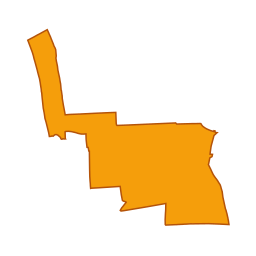 outline of Suhurlui, Galati, Romania, rotated 265°
{"feature_id": "2599482B54270676275296", "entity_name": "Suhurlui", "entity_type": "district", "adm_level": 2, "iso_a3": "ROU", "parent_name": "Romania", "parent_adm1": "Galati", "projection": "mercator", "projection_center": [27.827, 45.741], "detail": "fine", "context": "isolated", "style": "filled", "palette": "amber", "viewbox_px": 256, "rotation_deg": 265, "n_neighbors": 0, "source": "geoboundaries", "source_scale": "gbopen_adm2", "svg_char_len": 3418}
<svg xmlns="http://www.w3.org/2000/svg" viewBox="0 0 256 256"><g transform="rotate(265 128 128)"><path d="M233.0,56.1L232.4,54.8L232.1,54.0L231.7,53.2L231.5,52.7L231.2,52.0L230.1,49.5L229.6,48.4L229.1,47.2L228.6,45.9L228.0,44.6L227.3,43.1L226.6,41.5L225.9,39.8L225.4,38.5L225.1,38.0L224.9,37.4L224.5,36.4L224.2,35.8L218.2,37.5L212.1,39.2L208.3,40.0L205.5,40.4L202.5,41.0L193.1,42.7L192.2,42.8L187.0,43.7L185.0,44.1L180.7,44.5L178.7,44.6L174.4,44.9L172.7,44.9L171.7,44.9L170.6,45.1L169.4,45.1L168.4,45.1L166.2,45.1L155.2,45.3L150.4,45.8L147.1,46.0L144.9,46.1L140.9,46.9L129.9,48.6L126.4,48.9L126.4,50.7L126.6,51.0L126.6,51.3L126.6,51.7L126.6,51.9L126.5,52.2L126.4,52.5L126.4,52.8L126.5,52.9L126.6,53.1L126.9,53.4L127.2,53.8L127.4,54.2L127.6,54.4L127.7,54.6L127.7,54.8L127.7,55.2L127.7,55.7L127.7,56.0L127.6,56.3L127.3,56.8L127.2,57.1L127.1,57.4L126.9,57.6L126.5,57.9L126.2,58.2L125.2,59.3L124.6,59.7L124.2,60.0L123.8,60.0L123.3,60.2L123.0,60.3L122.7,60.6L122.6,60.9L122.6,61.1L122.6,61.4L122.7,61.6L122.8,61.9L122.9,62.1L123.0,62.2L123.0,62.3L123.0,62.5L122.8,62.9L122.6,63.2L122.6,63.5L122.6,64.0L122.6,64.4L122.6,64.8L123.0,64.6L129.7,65.0L129.9,65.4L130.0,66.0L129.9,68.5L129.3,71.4L128.0,75.4L127.3,77.1L126.9,78.0L126.7,78.8L126.4,79.6L126.2,80.4L126.0,81.2L125.9,82.5L125.8,83.3L125.8,83.8L125.8,84.7L125.8,85.6L120.4,85.3L118.7,85.3L114.9,85.4L112.3,85.5L112.1,86.6L110.3,86.8L108.5,86.9L108.3,87.5L105.7,87.3L94.7,86.5L89.3,86.1L83.0,85.7L78.7,85.6L77.2,85.6L75.7,85.6L73.6,85.5L72.9,85.5L71.1,85.5L71.2,86.0L71.2,86.8L71.0,93.6L70.5,115.1L62.2,115.5L56.4,116.1L56.2,116.2L55.4,117.4L55.2,118.1L54.5,119.5L54.2,119.7L53.8,119.4L53.2,118.8L51.3,117.0L50.3,116.1L48.9,114.7L46.6,113.1L45.9,113.8L46.0,116.7L47.9,140.6L49.5,159.1L48.7,159.0L47.7,158.9L45.2,158.6L44.9,158.6L44.0,158.5L41.8,158.2L40.0,157.9L33.3,157.0L28.6,156.7L28.0,157.1L27.7,164.2L27.6,166.6L27.5,167.5L27.5,168.5L27.5,169.5L27.3,174.4L27.3,176.0L27.2,177.4L27.1,181.6L26.8,184.9L26.7,187.1L26.4,190.7L25.7,199.9L25.5,201.5L24.3,211.0L23.0,220.2L23.4,220.2L23.6,220.2L23.8,220.1L25.8,220.0L26.4,220.0L26.6,220.0L26.8,219.9L27.1,219.9L27.6,219.9L27.8,219.8L28.9,219.7L29.7,219.7L30.0,219.6L33.9,219.1L34.0,219.1L35.4,218.8L36.8,218.6L38.1,218.3L39.1,218.0L50.9,216.5L56.3,216.3L56.8,216.2L59.8,215.6L61.5,215.3L62.8,215.0L63.2,214.9L63.9,214.6L64.6,214.2L66.1,213.4L67.4,212.8L69.5,211.6L70.2,211.1L71.7,210.2L72.9,209.5L74.1,208.9L74.5,208.7L77.7,207.5L79.7,206.8L84.5,204.9L85.7,205.3L91.1,206.9L92.2,209.2L94.4,209.9L94.8,207.4L102.2,209.1L103.7,209.6L113.0,213.0L115.6,216.3L115.8,215.2L115.9,214.8L116.3,214.6L117.1,214.3L117.5,214.4L117.8,213.4L117.0,213.2L117.3,212.4L118.3,209.9L120.1,206.6L120.6,205.8L121.4,204.7L123.0,202.8L123.6,202.3L124.9,201.5L126.0,201.0L126.2,200.2L126.5,195.4L126.8,191.7L127.7,176.9L128.9,175.9L128.9,175.3L130.9,129.5L131.2,123.4L131.5,117.3L131.8,117.0L132.0,116.9L133.2,116.7L134.4,116.7L134.5,116.7L144.6,117.2L144.9,111.1L145.5,97.2L146.1,81.1L146.2,79.7L146.2,79.0L146.5,73.0L146.6,70.7L146.6,66.6L156.6,65.6L163.2,65.1L165.7,65.2L167.3,65.1L171.1,64.9L171.3,64.7L177.9,64.7L180.7,64.4L183.9,64.2L188.4,63.6L191.1,63.3L191.5,63.2L195.8,63.1L200.7,62.5L202.3,62.4L203.8,62.3L204.4,62.4L204.6,62.4L204.7,62.5L206.1,62.8L210.2,62.8L212.4,62.8L214.1,62.3L216.2,61.4L217.9,61.0L222.8,59.5L223.7,59.2L225.6,58.7L228.9,57.5L229.1,57.5L233.0,56.1Z" fill="#f59e0b" stroke="#b45309" stroke-width="1.5"/></g></svg>